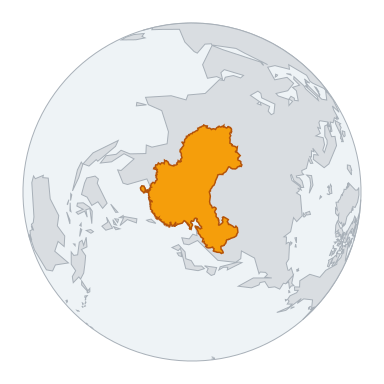 the Earth from above China, rotated 103°
{"feature_id": "CHN", "entity_name": "China", "entity_type": "country or territory", "adm_level": 0, "iso_a3": "CHN", "parent_name": "Asia", "parent_adm1": "", "projection": "orthographic", "projection_center": [106.815, 35.887], "detail": "fine", "context": "on_globe", "style": "filled", "palette": "amber", "viewbox_px": 384, "rotation_deg": 103, "n_neighbors": 0, "source": "natural_earth", "source_scale": "50m", "svg_char_len": 17207}
<svg xmlns="http://www.w3.org/2000/svg" viewBox="0 0 384 384"><g transform="rotate(103 192 192)"><circle cx="192" cy="192" r="169" fill="#eef3f6" stroke="#a8b0b8"/><path d="M347.4,257.4L347.1,258.2L347.0,258.5L347.4,257.4ZM291.6,55.5L280.2,48.9L279.3,47.9L276.5,46.6L277.3,48.0L278.6,49.3L270.0,50.3L271.0,59.1L276.9,64.4L271.2,61.6L286.2,73.9L290.3,82.3L282.2,71.4L278.7,69.3L279.8,74.0L276.5,72.9L275.1,74.7L271.0,73.1L266.6,67.4L263.9,66.4L264.8,69.8L261.4,70.8L260.4,65.8L254.2,67.0L245.7,58.7L246.4,48.3L238.2,44.0L229.9,34.7L227.3,35.0L222.4,32.2L217.6,31.6L217.4,30.5L213.7,31.1L214.7,32.3L213.5,33.1L210.7,33.0L210.0,31.4L211.3,31.2L209.7,30.7L210.5,30.0L208.5,30.3L208.0,28.6L204.4,30.2L200.6,28.8L201.4,27.8L206.6,28.0L221.5,27.4L223.9,27.2L222.1,26.2L207.3,23.8L207.6,23.8L220.5,25.5L233.2,28.1L245.6,31.8L257.8,36.4L269.5,41.9L280.8,48.3L291.6,55.5ZM202.8,23.4L203.3,23.4L197.5,23.3L200.1,23.8L198.1,24.0L198.7,24.9L192.9,24.8L186.9,24.4L186.1,23.8L183.4,23.7L179.5,24.6L173.5,24.2L161.7,25.8L161.4,25.8L175.1,23.9L188.9,23.1L202.8,23.4ZM350.5,135.4L349.2,132.7L349.6,132.7L350.5,135.4ZM348.7,132.3L349.1,133.0L348.8,132.7L348.7,132.3ZM348.7,132.9L348.7,132.5L348.8,133.3L348.7,132.9ZM348.8,134.1L348.7,133.3L348.7,133.5L348.8,134.1ZM348.5,135.0L348.3,135.2L348.1,134.1L348.5,135.0ZM279.7,50.2L277.7,48.2L278.2,47.6L280.2,49.2L279.7,50.2ZM278.4,52.3L276.5,50.8L279.9,51.7L279.9,52.2L278.4,52.3ZM281.9,68.7L280.9,66.3L283.0,69.1L281.9,68.7ZM275.7,75.2L277.0,76.4L275.7,76.9L275.7,75.2ZM201.9,25.0L200.4,25.0L201.0,24.8L201.9,25.0ZM203.6,25.5L205.5,25.4L206.7,25.6L205.4,25.7L203.6,25.5ZM268.3,75.0L265.8,75.7L267.6,74.0L268.3,75.0ZM201.0,25.7L208.4,26.1L210.3,26.6L207.3,27.5L201.0,25.7ZM263.9,75.4L257.9,77.6L260.4,80.1L250.1,74.5L258.5,74.3L260.3,71.7L261.3,74.2L263.9,75.4ZM216.3,32.8L215.0,31.5L218.6,32.7L216.3,32.8ZM218.9,33.4L231.8,36.9L232.3,39.1L227.9,37.3L230.6,40.5L224.5,39.7L221.6,37.9L222.5,36.5L219.5,37.3L218.9,33.4ZM245.3,71.3L243.2,71.1L244.6,70.3L245.3,71.3ZM213.2,33.5L215.8,33.9L216.4,35.7L211.4,35.3L212.8,34.8L213.2,33.5ZM234.3,41.8L233.9,43.3L228.8,43.0L227.9,43.6L224.4,39.9L234.3,41.8ZM211.2,34.4L208.8,35.1L206.0,34.2L210.8,33.3L211.2,34.4ZM218.7,36.4L218.7,37.3L217.1,36.7L218.7,36.4ZM194.7,32.0L197.7,32.1L198.3,33.1L194.7,32.0ZM208.1,35.5L209.0,35.8L209.6,36.2L207.5,36.6L208.1,35.5ZM221.0,40.2L219.0,39.9L222.2,41.6L218.5,41.8L216.8,39.4L216.0,40.5L214.9,40.5L214.8,38.5L221.0,40.2ZM207.0,38.4L203.6,35.7L197.8,35.1L197.1,34.2L206.6,35.4L207.0,38.4ZM211.6,38.6L208.6,38.2L209.3,37.1L211.7,36.8L211.6,38.6ZM216.7,42.8L222.7,43.2L222.9,43.7L216.7,42.8ZM205.2,38.4L206.1,39.0L204.7,38.4L205.2,38.4ZM213.0,41.6L215.1,41.6L215.2,42.2L213.0,41.6ZM206.0,40.4L204.9,39.5L206.5,39.2L206.0,40.4ZM209.1,41.1L208.8,42.0L207.8,39.6L210.0,41.0L209.1,41.1ZM212.8,42.2L213.5,42.5L211.9,42.1L212.8,42.2ZM200.5,42.5L198.8,39.6L202.4,38.7L203.5,41.6L200.5,42.5ZM63.2,82.7L65.6,80.9L61.4,86.8L58.8,98.9L57.6,101.9L52.5,106.6L46.2,126.4L50.5,124.6L50.2,139.6L53.4,146.3L64.1,136.6L58.9,125.2L63.3,117.4L71.8,121.5L77.1,132.3L79.0,129.6L80.1,118.5L85.9,117.0L81.0,114.4L79.6,118.4L76.5,117.1L77.6,113.4L79.6,112.9L79.3,109.0L69.8,113.1L67.4,117.6L63.7,111.2L59.3,118.2L56.7,118.6L63.2,107.0L66.0,104.4L74.3,89.5L71.0,91.5L62.9,105.9L63.4,103.3L58.8,106.8L62.7,102.1L72.4,86.5L72.1,81.4L63.8,84.4L65.3,81.4L70.2,75.5L81.2,66.6L76.6,74.6L80.4,72.2L88.1,65.3L86.1,68.6L88.7,66.9L87.6,70.0L92.8,70.1L92.7,73.0L101.2,69.3L102.3,70.5L97.0,72.2L93.2,75.3L93.8,83.5L95.8,84.0L101.3,81.1L100.8,84.0L106.0,80.2L109.5,84.0L109.6,76.4L116.1,73.5L121.7,74.0L123.8,71.9L114.6,71.1L111.0,72.1L107.8,75.1L97.8,77.5L96.2,75.6L106.7,68.4L105.6,65.2L114.3,61.6L133.8,64.9L138.6,68.7L132.9,81.2L128.1,81.8L127.7,77.4L122.1,84.2L125.4,82.3L125.0,84.9L131.0,83.4L131.0,85.2L136.8,80.8L137.5,82.9L133.8,85.6L143.3,85.8L146.4,89.9L148.5,89.1L149.9,87.1L152.9,94.0L154.4,93.1L154.0,90.5L156.6,87.2L162.4,84.2L163.1,86.7L161.1,88.1L158.0,95.2L152.6,99.0L153.4,99.8L158.3,97.2L162.2,88.4L165.5,86.0L164.3,90.0L165.0,88.3L166.9,87.9L169.4,90.0L170.9,85.6L190.5,79.3L197.3,83.3L194.1,87.3L208.5,87.0L215.0,92.4L214.6,89.8L221.3,88.6L219.3,86.8L219.6,85.5L235.7,82.6L240.1,84.2L246.6,80.9L246.4,79.7L243.5,78.3L250.1,74.5L260.4,80.1L260.3,82.4L266.9,84.7L265.8,90.0L267.9,95.8L262.9,100.9L265.0,105.4L267.4,105.8L272.0,112.5L273.4,125.7L262.0,113.0L257.8,94.9L258.6,101.9L255.4,99.9L253.8,102.3L254.6,107.5L256.6,108.3L242.3,116.2L238.3,130.6L246.0,129.5L250.7,133.7L252.8,151.4L238.0,175.7L244.1,183.2L244.4,188.3L238.9,191.6L238.3,184.2L232.9,181.7L233.4,177.3L224.3,180.8L224.7,174.6L217.5,180.8L220.1,185.6L227.9,184.5L221.6,193.0L229.4,201.5L230.2,211.6L216.6,229.2L202.9,234.1L202.0,237.1L196.7,233.3L189.4,238.9L199.2,256.5L198.9,261.2L187.2,269.4L187.0,265.9L172.8,255.9L170.0,266.9L180.7,277.2L184.4,287.8L176.0,283.9L172.3,274.3L167.3,270.5L168.8,261.0L164.9,245.6L156.5,247.1L157.3,241.1L150.6,227.1L138.6,228.5L119.5,239.8L116.7,254.2L110.2,258.6L102.9,233.9L103.6,218.5L98.4,217.8L93.0,201.3L76.4,190.6L76.3,185.8L72.7,185.4L69.2,177.9L69.9,170.3L66.8,168.0L65.5,188.1L69.2,190.7L75.3,187.6L74.0,193.9L77.7,202.5L65.6,210.3L44.7,205.4L46.4,193.8L50.0,154.4L52.1,151.8L52.2,151.4L52.5,150.6L49.0,154.3L50.9,147.0L44.8,172.2L42.2,181.4L44.3,205.8L43.2,206.5L45.0,212.6L55.5,218.1L54.7,221.5L47.5,232.7L36.3,240.8L40.0,256.6L42.9,267.6L40.8,267.1L45.4,276.1L39.8,265.3L34.9,254.2L30.8,242.7L27.6,231.0L25.2,219.0L23.7,207.0L23.1,194.8L23.3,182.6L24.4,170.5L26.4,158.5L29.2,146.7L32.9,135.1L37.4,123.8L42.7,112.8L48.8,102.3L55.6,92.2L63.2,82.7ZM78.9,150.5L84.7,156.8L88.8,146.5L91.3,148.3L91.8,144.3L89.0,145.8L91.2,135.6L96.1,136.0L98.8,132.2L97.0,129.9L87.7,131.0L84.6,145.3L80.4,147.1L78.9,150.5ZM104.0,56.3L101.5,58.5L98.6,59.4L98.8,56.8L102.9,55.4L104.0,56.3ZM98.5,61.6L108.9,55.9L109.3,57.6L107.3,57.5L106.5,59.3L103.1,59.7L93.3,67.4L90.1,68.8L92.1,62.5L93.1,63.6L95.6,61.2L98.5,61.6ZM134.9,41.9L139.5,40.4L134.3,45.9L130.7,46.7L130.6,43.9L134.8,41.3L134.9,41.9ZM194.3,27.6L196.4,27.4L196.6,27.8L195.0,28.2L194.3,27.6ZM196.1,32.0L185.5,29.1L187.3,28.6L179.0,28.0L180.5,26.6L185.9,27.0L180.8,25.7L186.3,25.6L182.3,25.0L194.1,25.9L198.8,26.0L192.9,26.3L191.4,27.5L192.1,28.0L197.8,29.8L207.1,31.0L207.1,32.7L204.6,33.6L202.3,33.6L203.1,32.4L199.5,33.2L198.8,31.5L196.1,32.0ZM175.1,48.6L176.9,46.3L169.6,49.4L168.9,47.0L168.1,47.5L165.5,46.2L160.9,45.7L161.4,44.6L159.4,44.9L157.7,44.2L155.1,44.4L155.0,42.5L151.9,42.6L153.7,41.6L148.3,42.4L152.2,41.0L150.3,40.3L147.5,42.0L153.4,33.1L152.8,31.2L150.1,30.5L157.3,28.7L164.4,28.4L170.4,29.6L170.0,32.0L173.3,31.0L174.1,31.9L171.1,32.3L176.1,32.3L176.0,33.3L181.3,35.5L188.7,35.4L190.8,36.4L187.9,36.9L192.1,37.6L188.0,39.4L189.4,40.2L186.8,43.1L180.2,44.0L182.4,44.9L180.5,47.3L175.1,48.6ZM199.5,43.2L191.9,44.4L187.7,43.8L194.0,39.2L193.3,38.2L197.2,35.6L203.1,36.7L201.4,37.3L201.2,38.1L199.5,37.4L200.7,38.6L198.4,39.6L198.8,40.8L196.2,40.8L199.5,43.2ZM59.5,101.7L59.1,103.5L59.3,105.5L56.5,108.0L59.5,101.7ZM65.8,91.0L66.0,92.0L62.0,96.0L62.4,94.3L65.8,91.0ZM69.5,89.3L66.3,91.7L68.2,89.4L69.5,89.3ZM97.5,73.1L98.1,74.1L96.8,75.0L94.9,75.4L97.5,73.1ZM153.4,58.8L155.1,57.3L156.1,57.4L161.8,55.4L162.8,57.2L159.7,59.2L153.4,58.8ZM61.3,136.7L58.4,137.0L58.8,134.9L59.7,135.2L61.3,136.7ZM55.8,121.8L55.4,126.7L55.0,122.4L55.8,121.8ZM155.5,60.5L157.7,59.4L156.8,61.0L155.5,60.5ZM163.8,58.5L163.3,60.3L163.6,57.2L163.8,58.5ZM56.3,280.9L59.7,295.0L55.8,290.9L51.8,284.3L48.3,274.3L51.7,275.7L52.4,272.4L56.3,280.9ZM227.1,310.2L232.1,310.4L231.9,310.9L227.1,310.2ZM221.8,308.5L227.6,308.4L220.8,309.8L221.8,308.5ZM229.9,308.3L235.8,306.7L238.4,305.5L237.9,306.7L229.9,308.3ZM217.8,308.7L196.3,308.6L187.8,306.6L189.8,304.6L203.5,305.6L217.8,308.7ZM189.1,304.5L176.1,297.2L158.4,275.5L164.7,276.8L183.2,290.7L182.0,292.6L189.9,298.2L189.1,304.5ZM220.6,293.1L219.3,299.1L207.4,298.7L202.0,297.7L198.3,290.0L200.4,286.1L204.8,286.3L222.0,272.2L228.0,275.4L222.7,281.5L227.6,286.6L220.6,293.1ZM117.3,255.9L120.6,265.6L117.1,265.9L117.3,255.9ZM229.0,261.8L222.1,268.5L228.4,259.7L229.0,261.8ZM232.8,253.5L233.2,256.8L230.4,253.8L232.8,253.5ZM201.8,241.8L197.1,242.4L197.0,240.0L203.0,237.8L201.8,241.8ZM230.7,220.1L230.6,227.4L229.7,229.9L227.6,225.7L230.7,220.1ZM166.9,77.5L157.9,78.0L152.0,80.3L149.7,84.1L149.1,79.2L158.1,75.7L166.9,77.5ZM187.5,78.7L189.4,75.7L191.2,77.1L191.0,78.0L187.5,78.7ZM186.8,76.8L184.4,73.1L187.2,71.5L188.5,74.7L186.8,76.8ZM169.6,66.0L166.8,66.0L167.6,64.6L169.6,66.0ZM269.5,341.9L270.7,340.5L276.6,337.7L273.0,340.1L269.5,341.9ZM251.8,340.4L218.9,350.2L212.0,350.0L214.3,347.7L209.2,340.6L211.6,340.7L210.8,335.2L230.6,328.6L245.0,316.5L255.3,315.6L263.5,306.1L273.9,304.3L270.3,311.4L280.6,312.4L288.9,296.4L293.8,308.7L300.3,310.1L300.6,316.3L283.8,332.5L275.5,337.6L274.5,337.5L270.9,339.6L266.1,341.1L264.6,339.1L261.0,341.1L265.1,337.6L259.6,341.2L257.6,339.8L251.8,340.4ZM325.4,289.4L326.5,288.7L327.9,289.1L326.1,290.4L325.4,289.4ZM344.3,263.9L344.5,264.1L343.4,266.0L344.3,263.9ZM347.0,258.5L345.8,260.9L347.4,257.4L347.0,258.5ZM333.3,276.5L333.8,276.8L333.2,277.6L333.3,276.5ZM332.9,276.7L333.8,274.7L333.5,276.1L332.9,276.7ZM327.8,273.7L328.6,272.3L328.9,272.7L327.8,273.7ZM239.6,309.7L246.8,304.6L250.6,303.8L239.6,309.7ZM326.7,272.8L324.7,273.9L325.0,273.0L326.7,272.8ZM327.0,270.8L326.8,269.7L327.9,271.6L327.0,270.8ZM323.2,270.5L325.6,271.1L322.9,271.0L323.2,270.5ZM321.7,271.7L319.9,271.8L320.1,271.3L321.7,271.7ZM300.2,283.2L307.1,287.3L301.3,289.6L294.9,287.6L289.6,293.4L277.6,296.2L280.4,292.9L278.9,289.3L266.3,290.5L263.8,288.3L268.3,285.6L259.9,284.9L269.1,282.0L272.9,286.8L278.0,281.3L286.8,280.1L295.3,279.3L301.9,281.0L300.2,283.2ZM269.0,294.2L270.6,293.8L269.2,295.7L269.0,294.2ZM316.5,270.7L319.1,271.9L318.7,272.7L317.4,273.0L316.5,270.7ZM303.4,279.5L310.6,272.1L312.2,271.5L307.4,278.6L303.4,279.5ZM308.9,269.9L312.2,269.1L313.8,270.9L313.1,271.9L308.9,269.9ZM250.2,292.3L249.8,293.9L247.4,293.0L250.2,292.3ZM253.4,290.9L260.6,291.5L252.7,292.4L253.4,290.9ZM231.1,287.8L233.2,291.4L240.1,288.4L234.8,292.3L239.4,297.9L237.8,300.3L233.3,294.2L231.6,301.0L228.6,301.1L227.0,295.5L230.0,288.1L233.1,284.9L245.4,282.5L231.1,287.8ZM253.3,286.4L251.4,282.3L252.8,279.1L254.9,281.2L253.3,286.4ZM245.6,272.1L240.4,267.3L235.7,269.7L245.1,261.3L248.6,267.4L245.6,272.1ZM241.1,260.7L236.7,262.9L241.2,258.1L241.1,260.7ZM235.5,261.2L235.0,257.4L238.5,257.6L235.5,261.2ZM243.4,260.6L244.1,254.0L245.9,257.7L243.4,260.6ZM233.4,248.8L240.9,254.6L231.2,252.6L230.5,239.7L234.6,239.2L233.4,248.8ZM254.8,192.8L253.6,189.0L257.3,187.6L257.0,190.6L254.8,192.8ZM268.1,180.8L257.9,186.1L249.4,190.7L252.2,192.2L250.6,199.0L246.3,193.3L251.9,185.3L258.4,183.0L259.0,177.3L263.5,172.9L262.0,166.0L263.9,162.7L267.3,168.4L268.1,180.8ZM261.1,163.2L260.1,151.0L267.2,151.6L269.0,154.5L266.5,159.7L262.9,159.0L261.1,163.2ZM262.0,148.3L258.5,147.7L249.7,130.8L249.6,127.5L260.0,140.1L257.3,140.2L258.2,144.4L262.0,148.3ZM244.0,72.5L243.3,71.3L245.1,72.1L244.0,72.5ZM218.4,84.6L219.1,83.0L221.2,83.9L218.4,84.6ZM222.3,79.2L219.4,79.3L222.2,78.1L222.3,79.2ZM212.9,79.9L218.1,78.8L213.6,81.4L212.9,79.9Z" fill="#d9dde1" stroke="#a8b0b8" stroke-width="1"/><path d="M195.2,233.9L194.6,233.5L193.5,233.7L192.4,232.8L191.6,232.6L191.3,231.1L191.9,230.3L190.2,229.8L189.4,229.9L187.8,228.7L186.7,229.2L186.2,230.1L185.4,230.4L184.7,230.2L184.2,230.9L183.3,230.2L183.0,230.7L182.5,230.2L181.6,231.1L180.2,230.1L179.2,231.2L178.1,230.8L177.6,231.4L178.1,232.7L178.0,234.6L176.7,234.4L176.3,232.8L175.0,233.5L173.7,233.4L173.2,231.8L171.2,231.3L172.2,229.1L170.5,228.3L170.1,226.2L170.6,225.6L168.9,225.5L167.2,225.9L167.6,225.0L167.2,223.8L167.8,223.2L168.1,222.1L170.4,220.5L170.2,219.9L170.6,219.6L170.8,218.1L170.7,215.5L170.2,215.3L169.8,215.5L169.4,213.8L168.4,212.6L168.1,212.6L167.4,213.4L165.7,212.5L164.8,212.5L165.7,211.6L165.4,210.7L164.6,211.0L164.6,210.5L165.2,210.1L164.5,209.4L162.7,210.4L160.9,209.4L158.5,210.8L157.2,210.9L155.5,212.3L155.5,212.7L153.7,213.0L152.8,212.8L152.9,212.4L152.1,211.8L151.4,212.0L148.7,210.6L147.6,211.0L145.8,212.9L145.5,212.3L145.9,210.9L145.5,210.5L142.9,210.9L141.7,210.5L140.5,209.5L139.9,209.9L139.4,209.2L138.9,209.7L138.3,208.5L137.0,208.1L137.3,207.3L136.4,207.2L135.2,205.9L135.1,204.9L133.8,204.7L133.1,203.2L131.1,201.4L130.9,200.5L129.5,200.1L128.6,200.7L127.8,199.4L126.8,198.6L126.9,198.0L125.3,196.7L124.9,195.5L124.1,195.6L124.5,193.7L124.2,191.9L124.9,191.9L125.2,192.7L126.0,192.5L126.3,190.5L125.8,189.4L126.1,187.9L126.8,187.2L125.6,185.7L125.5,183.9L125.8,183.2L123.8,182.4L123.0,181.6L123.0,181.1L122.2,181.0L121.8,180.2L122.3,179.3L122.2,178.4L121.5,177.9L121.5,177.3L119.8,176.0L121.5,175.8L121.2,175.1L121.9,172.8L121.0,171.7L120.4,171.8L120.1,171.5L120.6,169.0L121.2,168.9L121.3,168.2L121.9,167.6L123.8,167.5L123.9,167.0L125.5,167.1L125.4,168.1L126.7,168.4L128.4,166.9L130.9,167.6L131.6,166.9L132.5,166.6L135.9,166.1L136.3,164.3L137.2,163.9L137.0,163.4L137.9,163.3L137.9,160.4L138.4,159.2L138.7,158.8L137.8,158.0L141.6,157.6L141.9,158.3L143.0,158.7L143.4,157.9L143.0,157.3L145.7,153.2L147.3,154.2L148.5,154.5L148.6,155.0L150.1,154.6L150.6,154.2L150.9,152.3L151.5,151.2L153.2,151.0L154.3,149.5L156.0,149.7L156.0,150.1L155.7,150.4L156.2,151.0L155.9,151.4L156.8,152.1L156.8,152.6L157.5,153.4L158.3,153.5L159.7,154.7L160.4,158.1L160.0,158.9L160.0,159.6L159.1,161.0L159.3,162.0L164.5,163.5L166.7,165.6L168.0,165.9L167.8,166.6L168.2,166.9L168.6,169.0L169.5,170.7L171.3,170.7L176.1,171.7L177.2,171.5L180.5,172.1L181.8,173.3L183.8,173.8L185.2,174.6L186.9,174.3L186.9,174.9L188.0,175.2L191.9,173.2L197.5,172.7L199.8,171.6L201.0,169.9L202.9,168.7L201.7,166.9L202.0,165.5L202.6,164.8L203.6,164.7L204.3,165.2L206.2,165.5L207.1,164.8L208.0,163.5L210.3,163.1L211.2,162.2L211.8,160.5L213.3,160.1L213.4,159.5L214.0,159.6L216.1,158.6L217.2,158.9L218.2,158.6L218.2,158.1L217.6,157.3L214.9,155.2L213.5,155.4L212.8,156.4L211.6,155.9L210.5,156.1L210.0,156.6L209.3,156.1L209.1,155.4L209.5,155.0L209.5,154.1L210.7,150.4L213.0,151.0L214.0,149.9L215.4,149.1L215.4,148.5L215.0,148.2L216.1,144.6L217.0,143.0L216.6,141.8L215.4,141.5L216.7,139.7L221.0,138.2L223.3,139.0L223.7,138.7L224.8,139.0L226.5,140.6L228.5,143.9L229.5,144.8L229.8,145.8L230.4,146.1L230.6,147.2L231.6,147.7L232.8,147.3L233.7,147.8L234.4,147.6L236.1,148.6L236.7,148.6L237.0,149.3L237.7,149.9L237.8,150.8L238.6,151.6L241.2,150.8L242.0,149.4L243.8,148.0L244.6,148.2L244.6,148.9L245.3,149.6L244.6,151.1L245.1,154.1L244.8,155.3L245.0,156.1L244.6,156.6L244.8,157.6L244.6,158.0L242.3,157.7L241.8,158.9L241.0,159.5L242.2,161.6L242.8,163.5L242.8,165.0L241.7,165.8L242.1,166.0L242.1,166.3L241.3,165.8L241.2,165.4L240.4,165.3L240.5,166.9L239.7,167.2L239.2,168.5L237.5,169.0L238.2,170.0L238.1,170.7L236.0,170.7L235.4,170.2L234.9,170.4L233.9,173.1L231.9,174.8L230.9,176.6L229.6,177.0L227.9,178.1L226.3,180.0L225.7,180.2L225.7,180.7L224.7,181.2L224.5,180.7L225.6,179.9L225.5,179.6L225.8,179.1L224.6,179.3L224.5,178.8L225.0,178.4L224.9,177.8L225.5,177.4L226.2,175.7L225.1,174.5L224.9,174.9L223.7,174.9L222.5,177.1L220.3,178.8L219.6,180.6L218.1,181.1L217.5,180.7L216.9,181.0L216.6,182.4L216.9,183.1L217.8,183.7L220.0,183.9L220.4,184.9L220.2,186.0L221.1,186.4L222.2,186.3L223.1,184.6L224.1,184.0L226.3,184.7L227.2,184.4L228.7,184.5L228.3,185.6L228.6,185.9L228.2,186.3L227.2,186.1L225.4,187.4L224.8,187.4L225.1,188.0L224.7,188.1L224.6,189.0L224.1,189.3L223.8,188.8L223.5,188.9L223.4,189.2L223.8,189.5L222.1,191.8L221.7,193.2L224.5,194.5L226.4,198.0L226.5,199.0L227.8,199.5L228.1,200.3L229.2,200.9L229.3,201.4L229.1,201.5L228.0,201.2L227.1,201.3L225.9,200.8L224.8,201.4L226.4,201.0L226.7,201.5L229.0,202.6L229.5,203.3L229.7,203.7L228.6,204.3L227.5,205.6L226.4,205.8L225.8,206.3L226.5,206.0L226.9,206.5L228.4,205.7L229.5,206.5L230.6,206.7L229.3,208.0L230.2,207.5L230.4,207.8L230.5,208.9L229.9,208.6L229.3,209.1L229.9,209.5L229.6,209.6L229.9,209.8L229.5,210.5L230.0,211.4L229.2,211.8L228.8,211.5L228.4,212.4L227.9,212.6L228.2,212.9L227.7,213.9L227.8,214.4L226.6,216.8L226.2,216.9L225.9,216.3L225.7,216.7L225.3,216.5L226.2,217.7L225.2,218.7L224.4,218.6L224.9,219.0L225.7,218.8L225.8,220.6L224.7,220.5L225.0,221.1L224.2,221.3L224.1,222.1L223.4,222.5L223.5,223.1L222.0,223.3L221.4,223.8L222.0,224.4L221.0,225.7L220.6,225.7L220.4,226.5L220.1,226.1L219.6,226.6L219.1,226.4L218.1,228.5L215.9,229.0L215.5,229.4L214.7,229.2L213.8,229.9L213.2,229.5L213.0,230.2L211.6,230.4L210.4,229.4L210.4,228.7L210.1,228.8L209.7,229.3L210.3,230.2L210.3,231.3L209.3,231.8L209.1,231.4L208.8,232.3L207.8,232.7L207.1,232.2L207.0,232.9L206.0,232.6L205.1,233.5L203.5,233.7L202.3,234.6L201.9,234.3L201.2,235.4L201.8,235.7L201.6,236.2L202.2,236.6L201.8,237.2L200.5,237.1L200.7,236.8L199.8,235.5L200.5,233.9L199.5,233.3L199.5,233.8L198.4,234.1L198.3,233.6L197.4,233.6L196.6,232.8L196.6,233.6L196.1,233.4L195.2,233.9ZM203.3,238.0L203.7,239.0L202.6,240.0L202.1,241.6L201.1,242.5L199.6,243.2L197.3,242.3L197.1,240.2L198.8,238.8L198.6,238.8L198.8,238.5L201.3,237.9L202.5,238.1L202.6,237.7L203.3,238.0ZM229.4,202.1L228.6,202.0L227.7,201.4L228.3,201.4L229.4,202.1ZM231.1,206.3L230.4,206.3L230.2,205.9L231.0,206.0L231.1,206.3ZM226.3,219.9L226.0,220.4L226.0,219.8L226.3,219.9ZM201.5,235.2L202.2,235.0L202.2,235.3L201.5,235.2Z" fill="#f59e0b" stroke="#b45309" stroke-width="1.5"/></g></svg>